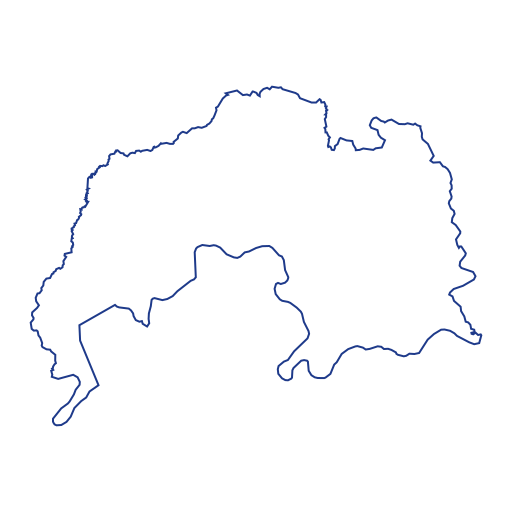 outline of Talensi, Upper East, Ghana
{"feature_id": "2480657B26285365473669", "entity_name": "Talensi", "entity_type": "district", "adm_level": 2, "iso_a3": "GHA", "parent_name": "Ghana", "parent_adm1": "Upper East", "projection": "albers", "projection_center": [-0.74, 10.642], "detail": "fine", "context": "isolated", "style": "outline", "palette": "blue", "viewbox_px": 512, "rotation_deg": 0, "n_neighbors": 0, "source": "geoboundaries", "source_scale": "gbopen_adm2", "svg_char_len": 5946}
<svg xmlns="http://www.w3.org/2000/svg" viewBox="0 0 512 512"><path d="M43.7,281.9L43.3,285.5L41.3,288.1L41.7,290.3L39.5,293.2L37.5,293.5L35.7,297.8L36.2,301.3L38.9,305.3L37.1,307.9L32.2,312.4L32.0,315.3L33.6,318.0L33.4,319.4L30.7,322.6L31.7,328.9L33.8,330.6L36.6,330.4L37.7,331.4L38.5,335.5L40.2,337.6L42.2,343.1L41.7,345.6L42.5,347.1L46.5,349.3L50.2,349.7L51.1,351.4L55.3,354.8L55.2,360.7L55.9,363.2L54.5,364.3L53.1,366.5L52.9,368.1L52.1,368.6L53.2,369.9L51.2,370.8L52.3,374.7L51.8,376.8L58.2,378.9L73.2,374.8L77.6,377.3L79.8,381.9L79.6,384.8L75.7,389.7L73.9,394.4L69.6,401.5L67.9,403.5L61.2,408.4L53.0,418.7L53.0,421.7L53.7,423.1L54.6,424.4L56.5,425.3L61.3,425.0L66.5,421.9L70.7,416.7L74.4,408.0L81.3,401.0L86.2,397.5L89.5,391.5L98.5,385.2L80.1,340.6L79.4,325.2L115.0,304.9L116.9,306.6L119.2,307.4L128.8,308.6L131.0,310.4L133.1,313.4L133.6,316.1L135.8,320.1L139.4,321.7L141.9,321.1L142.7,323.8L147.1,326.5L149.2,323.3L148.6,318.9L148.9,313.4L150.8,306.2L151.6,299.9L152.7,298.7L154.5,298.1L162.4,300.1L167.3,299.0L172.7,296.1L177.4,291.2L190.7,280.8L194.0,279.4L195.8,277.3L194.7,252.2L196.1,248.5L197.5,247.1L202.3,245.0L209.7,246.0L213.7,245.2L216.0,245.6L220.2,247.6L226.6,254.3L233.9,257.4L237.3,257.9L240.3,256.6L244.7,252.4L249.0,251.5L256.1,248.0L262.2,246.2L269.3,246.0L272.4,247.9L279.0,255.3L281.9,256.5L283.8,260.1L285.1,270.1L288.3,277.2L288.1,278.5L287.3,280.5L285.0,282.7L280.8,284.0L278.0,282.9L276.0,284.0L274.6,288.8L275.7,294.1L279.8,299.3L282.2,300.8L288.0,301.9L290.3,302.9L296.7,307.6L300.8,311.6L302.0,313.8L303.9,321.9L308.5,331.0L309.1,333.8L307.5,338.4L294.1,351.3L287.9,360.0L283.9,361.6L278.6,366.0L277.8,369.2L278.3,373.8L282.0,378.3L285.3,380.1L288.0,380.3L291.3,378.6L292.0,377.6L292.4,370.3L293.5,368.0L301.2,360.7L304.1,360.1L307.1,360.7L307.9,361.6L308.7,370.8L311.4,375.2L314.7,377.3L317.7,378.0L324.1,378.1L325.5,377.6L330.4,373.9L334.2,364.6L336.7,362.3L341.7,353.9L348.2,349.1L355.4,346.4L357.4,346.1L362.9,347.6L365.7,349.5L369.7,348.9L377.7,346.3L381.3,346.8L383.9,349.0L388.1,348.8L391.4,349.9L395.9,352.4L396.4,353.8L397.9,354.8L403.8,356.3L406.2,355.8L409.4,353.7L414.4,354.0L419.1,353.0L427.7,339.6L434.0,334.0L441.1,329.7L444.5,329.5L450.1,330.8L454.4,333.3L457.0,335.9L469.2,342.3L474.2,344.2L479.2,343.1L481.3,335.3L480.7,334.4L478.1,335.0L475.6,332.7L473.2,334.3L471.6,333.8L471.4,332.8L474.6,332.0L474.2,329.7L471.1,328.8L470.4,324.8L468.2,322.4L465.7,321.7L464.3,316.4L461.1,311.1L460.6,306.7L454.0,300.9L452.5,296.4L449.2,294.6L450.0,292.5L453.7,289.0L463.0,285.8L473.9,279.5L475.5,276.2L473.1,272.0L461.4,268.0L459.6,265.7L460.2,261.7L465.2,255.5L465.8,253.3L461.3,246.5L460.0,246.4L458.9,247.9L457.3,244.9L456.0,239.4L460.2,233.3L460.3,231.5L455.7,225.0L451.8,222.2L452.3,218.1L454.6,213.9L453.8,210.8L450.9,208.5L448.8,203.3L449.3,201.1L451.3,198.6L451.6,196.5L449.8,191.2L451.7,188.7L451.6,185.3L450.5,183.0L451.8,179.4L450.0,172.9L447.6,169.1L445.1,167.0L442.9,166.3L439.9,162.2L433.2,162.6L430.4,160.6L433.7,155.9L427.9,143.9L422.6,139.4L421.8,136.8L422.0,133.2L420.3,127.9L420.5,126.3L417.3,125.3L415.1,123.6L413.3,124.7L407.6,123.3L404.8,124.2L399.0,124.0L391.5,119.6L388.1,120.5L384.8,122.5L383.8,121.6L381.2,121.0L376.4,117.5L375.3,117.7L373.5,118.3L371.7,120.4L369.8,125.2L371.2,127.8L377.5,130.1L378.6,134.8L380.9,137.7L385.0,140.2L381.8,147.5L375.7,148.3L373.3,149.9L363.2,148.5L359.6,149.9L355.8,150.2L355.6,148.5L353.2,144.6L352.3,141.0L346.5,140.4L340.5,138.0L339.6,138.8L337.6,144.1L334.9,146.1L334.8,148.4L333.9,150.1L331.7,149.8L330.9,147.4L329.7,146.4L328.3,147.0L327.9,145.9L329.0,140.4L328.6,139.3L329.9,137.4L328.3,135.8L326.8,132.4L325.5,132.4L325.3,129.0L324.5,127.9L326.4,126.6L324.8,119.1L326.1,117.1L326.1,114.6L325.3,114.5L326.5,113.2L326.1,111.2L327.0,110.3L326.3,110.1L326.7,109.3L325.9,108.2L326.6,106.5L325.2,106.3L325.4,104.6L324.2,102.1L321.4,102.5L320.6,99.9L319.6,99.2L316.1,102.5L311.5,102.5L300.0,98.2L298.0,94.5L295.5,93.0L282.6,89.2L280.9,87.3L278.4,87.8L272.0,86.7L269.7,89.3L267.1,87.8L263.5,89.0L260.5,91.8L259.6,93.8L259.7,96.2L257.7,95.0L256.5,92.9L253.4,91.6L252.6,91.5L249.9,95.6L247.0,94.5L242.9,95.1L237.0,90.5L225.8,93.3L227.9,94.9L226.1,95.5L222.8,98.5L217.9,106.6L216.0,107.7L216.5,110.3L214.5,115.5L213.2,118.3L211.9,119.3L211.5,121.1L209.3,123.6L207.1,124.8L206.5,126.0L201.7,127.8L198.1,127.1L194.8,128.3L192.1,128.3L186.7,133.1L182.9,131.8L181.3,132.6L178.2,135.5L177.8,138.5L173.6,141.9L173.8,143.0L173.0,143.9L170.0,143.9L166.6,142.9L161.3,143.8L160.9,143.3L158.5,145.9L155.9,147.3L154.6,147.6L154.3,146.7L153.7,146.9L152.3,150.0L150.5,151.0L147.2,149.9L142.2,150.8L140.8,151.7L139.2,150.6L136.1,150.9L134.9,153.1L132.4,152.7L130.3,153.3L127.4,156.3L124.1,154.8L123.5,153.4L120.6,153.0L117.6,150.3L116.1,150.5L116.1,151.6L115.3,151.6L114.4,153.7L110.5,154.4L109.1,156.1L109.5,158.8L108.5,159.6L108.7,160.9L107.4,163.5L107.8,164.4L105.2,166.0L103.4,165.3L102.5,166.1L100.1,165.9L99.2,166.7L99.7,167.3L97.2,169.1L96.6,171.8L95.9,172.6L95.5,172.1L95.2,173.9L94.6,173.7L94.3,174.6L93.1,173.8L92.1,174.9L91.7,174.1L91.3,174.4L91.0,175.7L92.1,176.3L92.1,177.4L90.7,177.8L89.4,176.9L88.0,178.5L87.4,188.2L88.6,188.6L86.8,189.7L87.8,190.8L87.1,192.1L87.7,193.2L86.5,193.5L86.7,194.8L86.0,195.0L86.0,196.0L86.8,195.9L86.6,197.2L85.8,197.5L86.6,198.3L85.1,199.4L86.7,200.4L86.0,201.2L86.5,201.9L88.1,201.9L85.2,206.8L84.5,206.4L83.7,207.4L82.5,207.4L81.5,208.6L81.6,209.5L80.3,209.2L80.7,211.8L80.1,213.0L81.3,214.2L81.0,215.2L78.9,216.8L79.1,217.7L78.2,219.5L77.1,220.1L76.1,223.1L74.5,223.6L75.0,225.3L73.7,226.4L73.8,227.2L71.6,228.5L71.7,229.6L72.6,230.1L71.7,231.2L73.2,234.2L72.1,235.5L71.9,236.8L72.6,238.1L71.8,238.2L71.3,241.3L72.8,242.5L73.2,244.9L72.1,246.2L72.7,246.9L71.3,248.4L71.6,252.3L64.8,253.9L64.5,255.6L66.2,256.9L63.4,261.1L63.8,264.1L62.7,265.3L62.5,267.3L60.3,268.8L59.1,267.9L56.2,269.2L55.7,270.9L53.5,272.3L53.4,273.5L52.0,274.0L50.1,278.0L46.4,278.6L43.7,281.9Z" fill="none" stroke="#1e3a8a" stroke-width="2"/></svg>